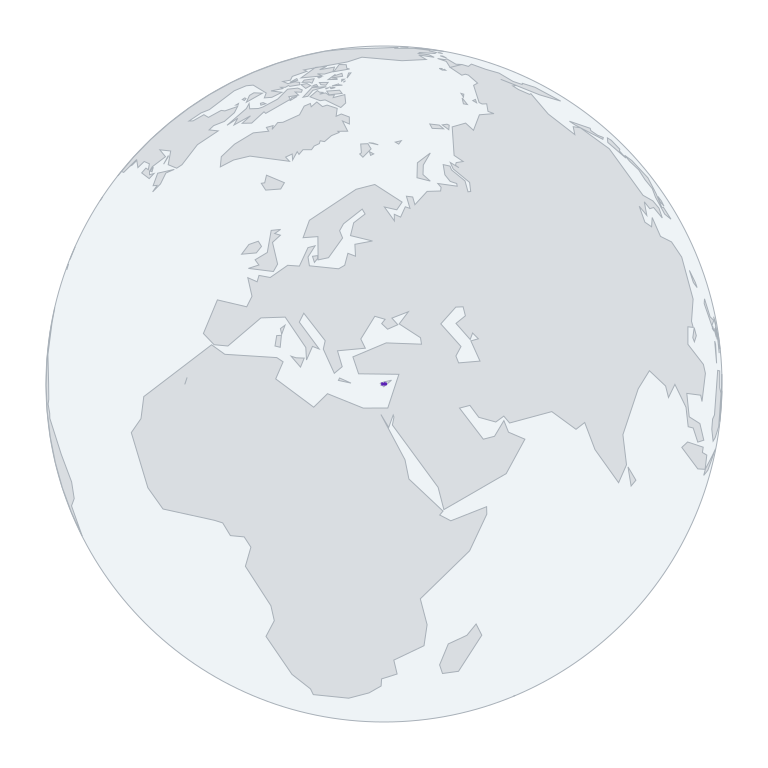 the Earth from above Nicosia
{"feature_id": "CYP-3464", "entity_name": "Nicosia", "entity_type": "District", "adm_level": 1, "iso_a3": "CYP", "parent_name": "Cyprus", "parent_adm1": "", "projection": "orthographic", "projection_center": [33.02, 35.04], "detail": "fine", "context": "on_globe", "style": "filled", "palette": "violet", "viewbox_px": 768, "rotation_deg": 0, "n_neighbors": 0, "source": "natural_earth", "source_scale": "10m", "svg_char_len": 11322}
<svg xmlns="http://www.w3.org/2000/svg" viewBox="0 0 768 768"><circle cx="384" cy="384" r="338" fill="#eef3f6" stroke="#a8b0b8"/><path d="M324.8,51.3L344.2,49.2L384.4,47.9L398.3,47.3L394.3,48.3L421.5,48.3L444.1,51.5L417.8,48.3L414.5,48.4L429.4,50.2L429.3,50.9L436.4,52.5L434.9,53.5L419.6,52.5L418.3,53.4L429.0,54.8L434.2,57.3L418.7,55.0L426.2,59.5L402.0,60.7L361.9,57.2L347.5,61.9L303.8,69.9L306.9,71.3L292.3,76.4L290.4,80.2L282.8,81.5L287.9,83.6L295.2,81.8L299.8,82.4L299.4,84.8L289.7,86.4L288.5,85.5L285.4,87.3L280.7,87.3L282.8,88.6L271.0,90.9L281.9,92.3L271.9,97.3L264.3,97.9L266.2,93.0L253.2,85.1L246.1,85.8L234.2,90.8L209.4,109.6L201.1,112.9L189.0,121.0L193.0,120.9L203.9,114.7L208.4,117.4L221.2,110.4L224.9,110.9L237.6,106.5L234.4,112.7L224.4,121.4L213.7,125.6L209.1,129.9L218.2,130.9L197.4,144.7L182.0,164.7L176.7,168.2L168.2,164.7L170.7,151.0L159.8,149.8L165.5,156.7L152.3,166.7L149.5,171.2L149.5,174.7L154.0,173.5L149.2,178.6L141.7,172.9L145.9,168.1L148.3,169.7L149.4,163.8L144.2,161.5L137.9,167.6L136.8,160.4L132.3,165.0L129.5,166.5L136.8,159.4L123.7,172.4L121.4,171.4L117.8,175.9L133.7,157.0L150.9,139.3L169.4,123.0L189.1,108.0L209.7,94.5L231.4,82.5L253.8,72.2L276.9,63.5L300.6,56.5L324.8,51.3ZM54.8,307.6L53.2,316.3L52.6,318.2L47.9,354.6L48.6,382.8L48.8,399.3L48.1,404.1L49.7,413.3L49.8,418.3L61.3,454.5L71.6,481.9L74.2,498.6L71.5,505.9L82.2,536.0L71.4,512.3L62.4,487.8L55.4,462.7L50.3,437.1L47.2,411.2L46.1,385.2L47.0,359.1L49.9,333.2L54.8,307.6ZM333.3,49.9L332.0,50.1L331.7,50.2L333.3,49.9ZM408.3,47.3L400.3,46.9L408.1,47.2L408.3,47.3ZM437.7,52.6L440.0,52.7L442.7,53.6L437.7,52.6ZM238.5,103.5L238.0,105.0L235.9,105.0L238.5,103.5ZM244.4,100.5L242.3,99.5L244.8,97.9L246.0,98.6L244.4,100.5ZM442.9,56.1L446.5,58.0L440.2,55.8L442.9,56.1ZM246.4,102.2L249.5,95.4L253.9,92.8L262.4,93.2L246.4,102.2ZM446.9,58.9L455.9,64.2L461.9,64.5L450.1,67.4L446.3,61.4L437.6,58.5L444.6,59.6L446.9,58.9ZM297.7,80.3L289.9,82.3L296.8,78.6L297.7,80.3ZM301.0,77.9L315.5,67.4L326.7,66.3L319.6,69.7L334.5,67.1L332.9,71.6L324.3,74.1L317.4,73.8L322.1,75.9L301.0,77.9ZM442.1,68.5L442.1,70.0L439.2,68.4L442.1,68.5ZM302.2,82.4L304.2,80.1L314.1,78.8L312.0,83.2L309.5,82.1L302.2,82.4ZM339.2,64.5L346.2,64.7L346.8,68.3L349.6,69.0L333.8,71.7L339.2,64.5ZM307.0,83.6L310.7,85.6L305.7,88.4L301.0,84.6L307.0,83.6ZM317.5,76.8L322.1,76.5L318.9,78.0L317.5,76.8ZM289.8,100.8L291.9,97.5L297.2,96.4L289.8,100.8ZM312.5,86.1L314.2,85.1L316.5,84.5L317.9,86.4L312.5,86.1ZM335.4,74.3L334.1,75.9L341.9,73.3L342.6,76.3L331.9,77.8L336.9,78.4L337.1,79.4L328.1,79.6L335.4,74.3ZM326.3,86.7L312.9,90.3L307.9,96.3L303.0,97.2L312.0,87.5L326.3,86.7ZM328.1,82.4L325.9,85.2L320.9,84.7L319.4,82.5L328.1,82.4ZM347.0,78.1L348.6,73.0L350.9,72.9L347.0,78.1ZM325.8,88.4L329.0,87.6L326.0,88.9L325.8,88.4ZM341.6,81.2L341.8,79.3L344.4,79.2L341.6,81.2ZM335.3,87.6L331.0,88.7L329.8,87.1L335.3,87.6ZM338.9,84.7L342.4,85.2L332.0,85.9L338.6,83.9L338.9,84.7ZM344.0,81.5L345.6,80.8L343.5,82.3L344.0,81.5ZM342.1,93.4L329.2,94.8L326.7,91.1L339.6,90.2L342.1,93.4ZM147.9,487.8L131.3,432.6L141.0,418.6L143.8,396.6L211.6,344.8L224.8,354.3L276.8,357.6L283.1,361.8L275.7,378.9L313.7,407.2L327.5,393.7L363.2,408.1L387.8,408.0L398.9,374.3L358.6,373.8L352.9,356.9L386.2,342.9L421.5,344.2L420.5,337.7L399.2,323.9L408.4,311.7L391.9,318.1L397.8,324.7L387.6,329.2L381.7,323.6L385.1,319.3L374.8,316.3L360.8,339.0L365.3,348.2L337.5,350.8L342.2,366.7L334.3,373.3L323.3,349.1L325.2,340.7L303.8,313.2L299.3,322.1L319.2,349.0L312.5,346.4L306.5,360.0L305.8,347.5L285.2,317.1L260.9,317.9L227.9,346.0L214.1,344.7L203.4,333.5L217.4,299.9L246.7,306.8L252.0,296.3L247.8,277.7L257.1,281.8L259.0,275.4L270.2,277.5L287.7,265.3L299.4,266.1L308.0,247.6L315.1,245.8L308.0,257.0L309.4,265.8L338.6,268.8L344.7,265.3L347.9,253.3L355.5,256.2L354.9,244.3L372.5,241.0L350.5,235.6L353.7,222.8L365.1,214.0L362.2,209.1L343.5,223.8L339.6,230.7L342.6,238.0L328.5,257.7L318.1,259.9L317.9,236.6L303.1,237.7L309.4,220.3L356.1,189.3L374.8,184.5L402.1,202.1L396.8,209.8L384.4,207.0L394.4,220.9L394.3,214.3L400.6,217.1L405.3,206.8L410.0,208.4L406.4,196.2L412.7,197.0L414.9,204.7L427.1,191.4L440.6,191.0L441.1,187.3L437.8,183.5L457.2,186.2L456.7,183.5L450.2,181.4L444.9,174.8L443.2,164.6L450.0,166.1L451.5,169.9L465.0,180.9L468.0,191.8L470.7,191.5L469.6,182.4L453.2,168.9L450.3,162.5L458.9,167.7L455.5,165.3L456.2,162.6L463.2,161.5L454.1,155.4L452.2,126.9L465.6,123.1L473.5,130.3L479.4,114.8L494.0,113.6L488.0,111.4L486.7,103.8L482.1,104.0L479.1,102.5L473.6,85.3L477.6,83.1L468.4,75.1L465.3,74.2L461.8,75.2L450.1,67.4L461.9,64.5L468.4,66.4L471.4,64.1L485.7,69.3L499.0,73.1L513.0,81.4L522.2,84.5L522.3,83.3L535.0,87.3L560.7,101.1L539.5,94.8L500.7,79.3L516.5,85.5L512.8,85.9L518.4,89.5L529.6,94.4L530.9,93.7L548.2,114.0L574.8,134.6L573.2,126.7L580.4,127.8L609.3,148.8L643.0,195.3L652.9,200.9L659.0,208.2L662.3,218.0L653.6,207.5L649.8,208.7L644.3,201.8L646.8,215.4L639.2,206.2L644.9,222.2L651.6,226.8L652.2,217.5L660.5,236.4L671.5,241.9L681.7,257.1L693.1,299.1L691.5,321.3L693.2,327.4L687.9,326.8L687.9,344.3L703.4,364.4L705.4,373.4L702.0,401.5L700.7,395.2L686.8,393.4L689.2,416.8L699.9,423.6L703.8,440.2L697.8,442.1L693.2,428.0L688.2,426.7L686.0,407.2L674.9,384.4L668.5,397.5L665.6,386.0L649.4,370.7L638.2,388.8L622.9,434.7L626.5,464.8L618.6,482.7L595.0,449.6L584.7,422.5L576.0,429.3L551.8,411.6L509.6,423.0L503.8,416.1L495.8,422.0L478.8,417.3L469.9,405.4L459.5,408.1L483.3,439.2L494.5,436.3L503.9,420.6L508.5,432.2L524.9,439.2L506.2,473.6L443.9,509.6L438.1,487.3L392.4,425.0L393.9,417.4L393.8,416.5L393.2,415.0L388.7,427.4L380.9,414.5L405.0,459.8L408.9,479.0L443.0,511.1L439.7,515.0L450.8,520.8L486.6,506.7L486.8,514.2L469.6,550.8L420.3,598.8L427.1,624.7L424.0,645.7L393.8,660.1L397.1,674.0L381.6,678.9L381.1,686.0L369.0,692.9L348.7,698.2L313.3,694.6L310.5,688.9L292.0,674.4L266.0,636.4L274.3,620.7L270.9,605.7L245.4,566.3L250.9,547.2L244.2,536.9L230.4,535.6L222.7,522.9L214.4,520.3L163.0,509.0L147.9,487.8ZM187.1,377.4L185.0,383.9L184.9,383.9L187.1,377.4ZM458.6,362.9L480.0,361.1L470.9,340.9L478.4,338.8L472.6,333.0L470.2,339.5L456.0,323.4L465.4,315.8L463.1,306.8L455.8,307.1L440.8,323.9L461.0,346.5L455.9,356.0L458.6,362.9ZM53.1,316.7L52.1,322.3L52.6,319.0L53.1,316.7ZM68.6,263.8L66.7,269.9L67.6,266.0L68.6,263.8ZM75.2,246.7L70.0,259.5L71.1,256.4L75.2,246.7ZM100.1,200.8L100.6,200.0L102.7,196.8L100.1,200.8ZM152.8,167.0L153.2,167.6L152.0,171.8L150.4,171.2L152.8,167.0ZM160.5,183.9L152.6,191.9L157.1,185.4L153.1,185.7L157.7,173.2L174.3,169.4L165.9,173.0L160.5,183.9ZM168.3,156.6L163.6,164.2L168.1,156.0L168.3,156.6ZM258.3,241.2L261.5,246.4L256.3,252.9L241.6,254.2L248.9,244.5L258.3,241.2ZM267.3,252.5L271.2,230.4L280.6,229.4L274.7,233.5L280.4,235.2L272.5,242.4L277.6,264.1L273.4,271.5L248.4,268.4L258.9,265.0L255.1,259.8L267.3,252.5ZM264.7,182.8L266.5,175.2L284.4,182.7L280.7,189.0L265.7,190.1L261.3,183.3L264.7,182.8ZM260.9,105.2L260.4,103.3L263.1,102.6L265.7,103.7L260.9,105.2ZM290.3,99.3L265.7,113.4L264.0,111.8L251.7,123.1L242.2,123.3L250.5,115.8L234.0,125.0L237.7,118.3L227.0,125.3L246.4,108.5L249.1,103.5L249.7,108.8L258.4,108.5L262.9,107.0L277.7,99.1L287.6,89.2L297.8,88.1L302.3,90.0L301.4,92.2L295.1,92.0L298.5,95.1L288.8,96.7L290.3,99.3ZM349.4,124.0L342.5,121.0L347.7,131.2L337.9,131.3L339.1,132.5L331.5,135.6L324.5,141.6L320.2,140.8L319.3,143.6L314.2,146.0L311.5,149.7L303.0,149.7L299.0,154.4L297.2,151.7L292.6,160.0L292.2,154.0L285.6,157.1L289.5,161.3L249.9,156.1L233.6,160.0L220.3,166.9L221.3,156.7L234.5,144.2L253.2,132.9L268.7,131.2L266.4,127.4L273.1,125.6L272.1,129.4L277.7,122.6L282.9,122.3L299.5,114.8L304.2,106.1L310.4,103.5L311.2,106.8L316.8,102.0L322.5,106.6L327.1,105.1L337.2,108.4L336.1,116.3L341.3,114.0L349.3,117.0L349.4,124.0ZM344.8,94.6L345.7,103.0L340.8,107.5L325.1,99.9L320.2,100.7L310.0,96.8L317.3,90.6L319.6,92.2L323.5,92.4L319.6,94.2L325.6,92.9L328.9,95.2L334.4,94.9L333.2,97.6L344.8,94.6ZM291.1,356.2L296.1,357.8L304.2,358.1L300.5,367.1L291.1,356.2ZM276.7,335.6L281.4,335.3L280.2,347.3L275.0,346.0L276.7,335.6ZM285.0,325.2L281.7,334.3L280.4,328.6L285.0,325.2ZM312.5,256.3L317.6,255.6L317.7,258.4L314.4,262.4L312.5,256.3ZM362.9,157.2L359.7,154.0L361.4,152.8L360.7,144.0L367.9,143.7L371.1,148.9L362.9,157.2ZM391.5,380.2L383.8,386.8L380.3,383.6L383.6,382.0L391.5,380.2ZM339.6,378.0L351.0,383.1L338.4,380.4L339.6,378.0ZM370.6,155.4L369.5,151.7L373.7,153.9L370.6,155.4ZM373.1,143.1L378.3,144.8L368.7,142.7L373.1,143.1ZM513.4,696.2L515.0,695.5L515.4,695.3L513.4,696.2ZM481.8,635.2L458.5,671.3L442.5,673.5L439.6,664.9L448.3,643.9L466.9,635.3L476.1,624.0L481.8,635.2ZM715.6,448.7L707.8,470.3L703.7,475.4L705.5,468.7L712.1,456.1L715.6,448.7ZM705.1,469.3L697.8,468.9L681.8,447.4L687.6,442.0L703.2,447.2L702.4,452.5L706.8,455.1L705.1,469.3ZM719.7,413.0L718.7,426.5L715.2,437.6L713.1,441.1L711.8,429.2L712.6,419.1L714.5,414.9L717.7,370.4L719.7,370.9L719.7,387.7L721.0,393.3L719.7,413.0ZM628.0,466.9L635.9,480.2L631.1,486.0L628.0,466.9ZM715.6,344.4L716.6,363.3L714.7,341.1L715.6,344.4ZM712.5,325.8L714.1,331.3L712.3,328.4L712.5,325.8ZM696.3,335.7L694.4,341.8L692.8,337.7L694.2,327.6L696.3,335.7ZM689.4,270.4L695.4,282.6L697.1,287.6L693.4,282.5L689.4,270.4ZM430.3,153.0L423.3,165.0L423.0,174.6L430.3,181.1L417.0,177.7L417.4,162.8L430.3,153.0ZM448.8,129.7L442.3,124.9L447.0,124.2L449.2,125.2L448.8,129.7ZM443.6,128.8L432.2,128.4L429.8,124.0L439.3,125.1L443.6,128.8ZM401.3,140.7L398.7,144.1L395.3,142.1L401.3,140.7ZM721.7,396.0L721.6,398.3L721.6,398.7L721.3,404.1L721.3,403.6L721.2,405.8L719.8,421.7L720.6,411.9L721.4,394.1L721.6,384.9L721.8,374.0L721.8,376.2L721.5,392.5L721.6,397.9L721.9,390.8L721.7,396.0ZM720.0,349.1L718.7,344.3L719.2,353.1L716.7,329.1L718.6,337.6L720.0,349.1ZM716.4,331.4L717.1,339.5L715.4,326.6L716.4,331.4ZM716.3,337.2L714.6,330.8L715.0,328.1L716.3,337.2ZM716.5,329.4L713.6,316.7L715.3,321.8L716.5,329.4ZM710.1,316.8L713.8,320.4L711.8,325.6L704.2,303.6L704.5,298.8L710.1,316.8ZM664.0,206.2L659.8,201.4L657.9,196.4L661.4,201.0L664.0,206.2ZM647.9,177.8L656.0,193.5L661.8,207.4L663.5,207.4L671.0,219.2L664.7,214.1L655.5,197.2L652.3,188.6L645.1,179.8L638.7,169.8L629.7,161.3L624.7,155.3L631.9,160.6L647.9,177.8ZM625.9,158.1L607.8,142.4L607.4,137.9L611.3,140.3L619.8,149.2L619.5,151.0L625.9,158.1ZM603.3,137.5L602.8,139.3L575.3,125.1L569.4,121.2L590.2,128.3L590.8,130.6L597.7,135.3L603.3,137.5ZM445.7,70.3L442.4,70.0L444.5,69.3L445.7,70.3ZM476.6,102.8L472.8,100.6L475.4,99.4L476.6,102.8ZM463.8,94.2L463.5,97.1L461.0,93.4L463.8,94.2ZM463.4,103.8L462.1,97.9L467.4,104.5L463.4,103.8Z" fill="#d9dde1" stroke="#a8b0b8" stroke-width="1"/><path d="M385.9,383.1L386.0,383.2L386.0,383.4L386.2,383.6L386.2,383.8L386.2,384.0L386.3,384.0L386.3,383.9L386.3,384.0L386.4,384.3L386.3,384.5L386.2,384.5L386.2,384.4L386.1,384.5L386.0,384.4L385.9,384.4L385.9,384.5L385.7,384.6L385.4,384.6L385.2,384.8L384.9,384.8L384.7,384.8L384.4,384.9L384.2,384.9L383.9,384.6L383.7,384.5L383.4,384.6L383.2,384.6L382.9,384.5L382.8,384.8L382.7,384.8L382.4,384.8L382.3,384.7L382.2,384.7L382.3,384.6L382.3,384.4L382.2,384.1L382.0,383.9L382.1,383.6L382.0,383.4L381.9,383.4L381.8,383.2L382.0,383.2L382.0,383.3L382.1,383.2L382.3,383.1L382.5,383.2L382.5,383.3L382.9,383.5L383.0,383.5L383.1,383.8L383.2,383.7L383.3,383.7L383.5,383.6L383.8,383.6L384.0,383.4L384.3,383.3L384.4,383.2L384.4,383.3L384.5,383.3L384.6,383.2L384.8,383.1L385.0,383.2L385.3,383.3L385.5,383.2L385.8,383.1L385.9,383.1Z" fill="#8b5cf6" stroke="#5b21b6" stroke-width="1.5"/></svg>